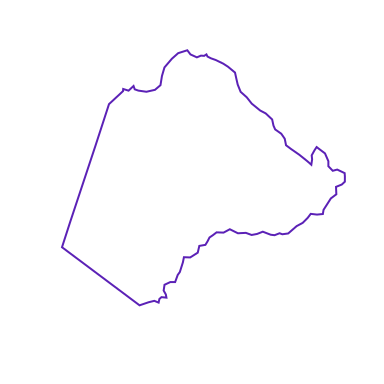 outline of Dierona, Limassol, Cyprus, rotated 36°
{"feature_id": "46923920B57390969123914", "entity_name": "Dierona", "entity_type": "district", "adm_level": 2, "iso_a3": "CYP", "parent_name": "Cyprus", "parent_adm1": "Limassol", "projection": "orthographic", "projection_center": [33.106, 34.816], "detail": "fine", "context": "isolated", "style": "outline", "palette": "violet", "viewbox_px": 384, "rotation_deg": 36, "n_neighbors": 0, "source": "geoboundaries", "source_scale": "gbopen_adm2", "svg_char_len": 1437}
<svg xmlns="http://www.w3.org/2000/svg" viewBox="0 0 384 384"><g transform="rotate(36 192 192)"><path d="M122.8,72.2L121.8,74.7L119.1,76.4L116.8,80.2L109.9,81.6L104.9,80.1L99.2,87.8L97.4,96.0L96.5,107.4L99.5,115.8L103.7,124.1L102.0,131.1L96.2,137.7L89.0,141.5L85.3,142.6L82.4,140.6L81.1,147.3L76.4,148.9L75.8,149.1L76.9,150.9L73.2,169.7L74.7,174.3L86.6,211.0L111.0,287.7L119.0,312.2L119.3,313.1L216.2,314.5L217.1,313.2L221.7,306.7L225.5,302.2L230.0,301.1L228.5,297.7L229.1,295.0L233.4,292.5L231.1,290.3L227.0,288.4L224.3,283.2L227.4,277.6L231.3,274.8L229.2,267.5L229.2,263.9L226.0,254.3L223.8,249.5L229.0,246.0L232.3,237.7L229.6,231.3L233.9,226.9L233.6,223.0L232.9,218.5L234.3,214.6L235.6,210.2L241.4,206.3L244.5,199.9L253.4,198.4L259.6,193.4L265.5,191.7L269.3,187.7L272.6,182.5L280.8,180.3L284.2,178.4L287.1,173.9L289.9,173.1L294.2,169.0L296.7,158.1L299.7,151.9L300.8,144.9L300.9,139.9L306.4,136.8L310.8,132.9L308.9,129.1L308.6,123.7L308.1,115.6L310.1,109.0L305.5,103.2L308.8,97.9L309.6,93.8L306.5,89.5L304.4,87.0L296.3,88.5L293.4,92.1L287.2,91.0L284.2,86.9L276.9,82.6L266.4,82.4L266.6,86.4L267.3,92.0L270.0,95.0L272.5,99.8L267.3,99.3L256.9,98.8L246.7,99.0L240.6,98.9L235.7,94.4L230.0,92.4L222.5,92.5L218.9,90.4L214.2,86.2L205.4,85.1L199.3,86.0L188.4,85.4L180.6,83.2L172.5,82.4L165.8,78.2L161.2,74.2L156.6,70.1L147.5,69.5L141.8,69.8L133.5,71.3L128.8,72.7L124.9,73.3L122.8,72.2Z" fill="none" stroke="#5b21b6" stroke-width="2"/></g></svg>